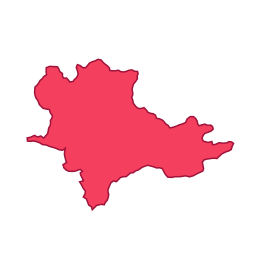 Rio Pomba, Minas Gerais, Brazil, rotated 80°
{"feature_id": "56859067B26609044330298", "entity_name": "Rio Pomba", "entity_type": "district", "adm_level": 2, "iso_a3": "BRA", "parent_name": "Brazil", "parent_adm1": "Minas Gerais", "projection": "robinson", "projection_center": [-43.171, -21.234], "detail": "fine", "context": "isolated", "style": "filled", "palette": "rose", "viewbox_px": 256, "rotation_deg": 80, "n_neighbors": 0, "source": "geoboundaries", "source_scale": "gbopen_adm2", "svg_char_len": 2943}
<svg xmlns="http://www.w3.org/2000/svg" viewBox="0 0 256 256"><g transform="rotate(80 128 128)"><path d="M158.9,31.0L159.8,33.2L159.5,36.8L158.3,40.8L159.3,44.5L159.2,47.5L155.9,47.8L156.1,51.8L153.9,56.3L150.6,56.8L148.2,55.1L146.6,53.3L146.1,49.7L145.4,46.6L143.9,44.3L141.3,44.5L139.6,45.9L139.0,49.6L137.5,51.6L137.7,54.3L138.1,57.9L135.6,58.7L133.1,58.7L130.3,59.8L128.2,61.5L127.6,64.7L129.4,68.2L132.6,70.3L133.4,73.6L133.8,77.0L134.5,79.6L135.1,83.4L135.2,86.8L132.3,88.1L130.3,90.3L127.8,91.5L126.1,92.9L124.5,95.2L123.3,98.3L120.2,98.7L118.3,100.7L117.4,103.5L115.9,105.7L113.9,106.6L110.7,108.7L111.1,111.8L110.4,114.7L108.1,116.6L104.7,118.4L101.4,118.5L98.2,119.0L96.3,117.6L94.2,117.2L91.1,117.3L88.3,116.3L85.8,115.0L83.4,112.3L81.1,110.2L78.1,109.9L76.3,108.6L74.0,108.8L73.2,111.8L71.5,113.9L71.3,116.9L71.9,119.7L72.1,122.4L71.3,125.3L69.4,127.5L69.5,130.4L69.0,133.1L68.1,136.1L65.7,135.8L63.1,137.6L61.0,139.6L58.9,141.2L56.3,142.7L55.2,145.5L56.2,148.8L56.5,151.5L57.3,154.6L59.5,157.1L61.2,159.2L60.7,162.0L58.2,164.3L56.8,166.8L59.2,168.4L62.3,168.0L64.6,167.7L67.0,168.0L69.5,169.9L70.8,172.2L72.6,174.0L72.5,177.4L70.1,178.5L68.1,179.9L67.7,182.8L65.7,183.5L62.9,183.1L60.7,185.3L57.9,185.9L55.6,186.7L54.9,189.1L54.3,191.9L53.7,194.3L54.4,198.0L58.5,198.9L61.5,199.0L62.6,201.9L64.5,203.8L66.0,206.4L68.0,208.0L69.8,209.9L71.5,212.4L74.1,213.2L77.2,213.9L80.4,213.8L82.7,213.3L85.4,212.0L89.6,211.2L91.9,209.6L93.8,208.3L94.8,206.1L96.2,202.2L99.1,202.0L101.2,201.1L103.2,200.3L105.3,201.5L107.1,203.1L109.8,203.4L112.2,204.3L114.2,206.1L116.8,207.0L119.7,208.2L121.6,210.7L123.3,212.7L120.7,215.3L121.2,218.6L119.0,221.4L120.2,225.6L120.2,229.0L123.4,229.3L124.2,226.4L124.3,223.8L125.2,221.1L127.2,217.6L129.4,215.2L130.6,211.3L132.3,208.9L133.7,205.9L135.4,202.7L137.4,199.6L138.6,196.3L137.1,193.4L140.0,194.4L142.7,195.2L146.0,195.1L149.0,194.9L151.3,194.5L152.8,198.4L156.2,198.0L158.5,196.4L160.3,193.8L161.1,190.3L161.3,187.3L160.8,184.8L160.5,182.2L162.7,180.4L163.9,182.8L166.1,182.8L169.2,181.8L172.3,181.1L172.6,185.0L176.1,183.6L179.8,182.5L182.6,180.9L185.5,181.8L188.2,184.0L190.6,181.3L193.6,180.7L197.0,180.1L199.4,177.6L202.3,177.4L200.4,174.6L198.8,172.3L198.5,167.7L199.5,164.7L197.4,163.4L195.9,161.3L193.3,159.7L190.1,158.5L187.5,158.8L185.3,158.4L182.1,156.5L179.0,154.3L177.6,151.7L178.8,148.7L177.0,146.1L175.5,144.2L175.1,141.3L175.6,138.3L174.1,135.7L172.7,133.4L172.9,130.4L171.6,128.2L171.0,124.8L169.1,120.7L168.6,118.1L168.1,115.1L169.4,112.2L170.9,109.1L172.3,106.8L172.6,104.1L173.8,101.4L176.4,100.5L179.6,99.5L183.3,97.4L184.3,93.2L184.1,90.2L184.6,87.7L185.0,84.9L185.1,79.6L186.8,75.9L186.3,71.6L185.1,68.3L184.1,64.5L183.3,61.7L181.2,60.6L178.2,60.7L174.7,60.7L172.7,58.9L172.3,55.9L172.4,52.9L172.6,49.0L173.5,45.6L171.7,43.0L169.8,40.1L168.5,35.7L168.0,32.4L167.1,30.0L164.3,28.7L161.5,26.7L159.8,28.3L158.9,31.0Z" fill="#f43f5e" stroke="#9f1239" stroke-width="1.5"/></g></svg>